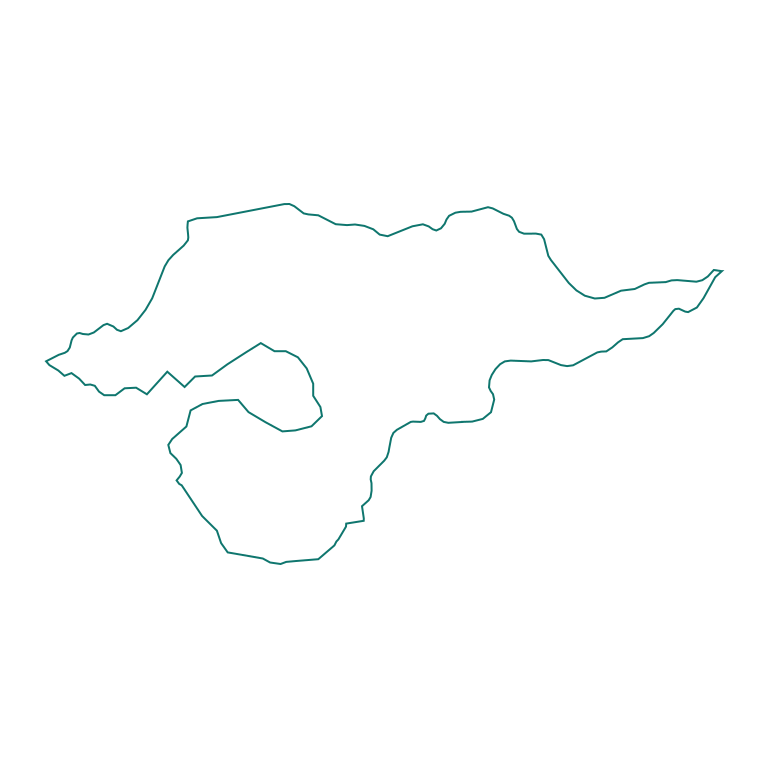 the border of Borsod-Abaúj-Zemplén
{"feature_id": "HUN-3168", "entity_name": "Borsod-Abaúj-Zemplén", "entity_type": "County", "adm_level": 1, "iso_a3": "HUN", "parent_name": "Hungary", "parent_adm1": "", "projection": "robinson", "projection_center": [21.025, 48.121], "detail": "fine", "context": "isolated", "style": "outline", "palette": "teal", "viewbox_px": 768, "rotation_deg": 0, "n_neighbors": 0, "source": "natural_earth", "source_scale": "10m", "svg_char_len": 2818}
<svg xmlns="http://www.w3.org/2000/svg" viewBox="0 0 768 768"><path d="M289.4,204.0L294.3,206.2L303.7,213.4L308.3,214.4L318.3,215.3L335.7,224.2L347.0,225.1L355.0,224.5L364.4,225.9L373.3,229.3L379.7,234.6L387.7,236.2L412.4,226.3L422.9,224.3L428.7,226.4L432.6,229.2L436.3,230.5L441.0,228.3L444.7,223.8L446.5,219.5L449.1,215.8L455.4,212.7L460.7,211.8L471.5,211.6L488.0,207.2L492.7,208.4L503.4,213.8L509.1,215.7L511.9,217.7L514.0,221.2L516.9,229.0L519.1,231.8L524.1,233.7L535.9,233.6L541.3,234.6L544.1,239.2L548.3,255.8L550.9,260.0L568.8,283.0L576.4,290.4L584.8,295.7L594.8,298.5L604.5,297.8L621.0,290.7L634.7,289.0L644.4,284.4L649.0,282.8L665.7,282.1L671.5,280.4L677.3,280.1L696.4,281.7L702.3,280.2L707.8,276.5L713.8,270.0L721.4,271.1L721.9,271.1L715.2,277.2L703.5,298.2L696.9,307.5L688.1,312.1L685.2,311.6L678.9,308.7L675.3,309.1L673.4,310.8L662.7,324.2L653.7,333.0L649.1,336.2L642.9,338.1L622.7,339.2L618.1,342.3L612.3,347.4L606.3,351.4L601.2,351.6L597.3,352.4L573.1,365.3L567.1,366.1L561.0,365.1L548.4,360.1L543.0,360.0L531.2,361.4L510.7,360.6L504.8,361.4L500.1,364.2L495.5,369.1L491.8,374.9L489.6,380.3L489.0,387.4L490.7,391.0L493.0,394.2L494.2,399.6L491.0,412.2L482.8,418.9L472.1,421.6L461.2,421.9L463.5,421.9L448.3,422.8L443.7,421.9L439.9,419.1L437.0,415.8L433.7,413.4L428.4,413.7L426.2,415.6L425.3,418.4L424.0,420.9L420.8,421.9L413.0,421.6L410.8,421.9L396.9,429.8L393.4,432.9L391.2,437.8L389.2,448.3L388.6,451.8L386.8,457.3L384.2,460.7L373.7,471.2L370.9,476.4L370.7,479.4L371.5,483.2L371.6,490.7L370.6,497.0L368.7,500.2L362.0,506.2L363.8,518.4L363.7,520.8L346.2,523.6L346.0,526.6L338.4,539.4L336.4,541.5L334.4,545.4L318.3,559.2L295.0,561.1L286.2,561.9L280.6,564.0L270.1,562.5L262.8,558.5L227.7,552.4L221.1,543.1L216.9,530.7L202.1,516.0L181.7,485.3L179.2,483.9L176.6,480.4L179.7,476.6L181.9,472.9L180.6,465.0L176.3,458.8L170.4,453.1L168.3,444.9L172.2,439.0L186.4,426.5L190.6,410.4L202.5,404.0L218.7,400.9L238.1,399.9L248.5,412.1L265.5,422.2L282.4,431.4L295.4,430.4L311.5,426.3L322.0,416.1L320.4,407.0L313.2,395.8L313.2,383.7L306.7,368.4L297.9,357.3L285.8,351.2L274.5,351.2L260.8,343.1L246.2,352.2L227.4,364.3L212.0,375.5L195.1,376.5L184.6,387.0L167.3,371.7L146.9,394.3L136.1,387.7L124.6,388.3L115.4,395.2L104.2,395.2L99.0,391.6L94.8,385.8L90.3,384.5L85.1,385.0L79.1,378.6L71.5,373.1L64.4,375.8L58.3,370.5L49.4,365.1L46.1,361.3L58.8,354.8L64.8,352.8L67.5,351.1L69.8,347.5L71.6,340.3L72.9,337.5L76.9,333.5L79.6,333.0L82.9,334.0L88.5,334.5L93.8,332.5L103.5,325.1L107.1,323.8L113.4,326.5L117.0,329.8L120.9,331.2L128.2,328.0L137.5,320.1L145.5,309.9L152.2,298.3L164.7,266.4L168.4,260.2L173.2,254.9L182.9,246.3L183.6,245.7L187.9,240.3L188.1,238.9L188.3,237.5L188.2,236.1L188.1,234.7L187.4,227.7L187.6,224.4L187.9,221.4L197.1,218.3L216.9,217.1L284.2,204.1L289.4,204.0Z" fill="none" stroke="#0f766e" stroke-width="2"/></svg>